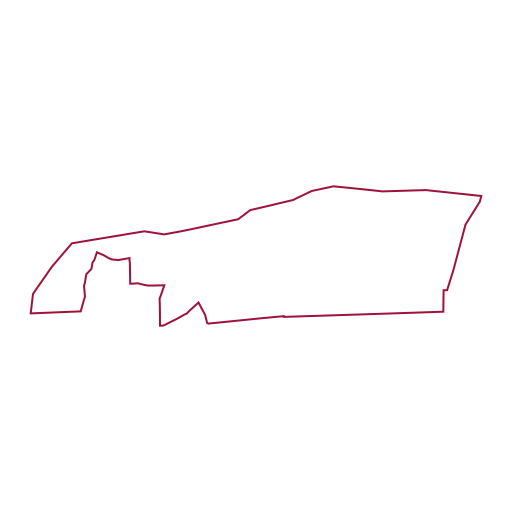 New Cairo-2, Al Qahirah, Egypt (Albers equal-area conic projection)
{"feature_id": "37247803B58056872224952", "entity_name": "New Cairo-2", "entity_type": "district", "adm_level": 2, "iso_a3": "EGY", "parent_name": "Egypt", "parent_adm1": "Al Qahirah", "projection": "albers", "projection_center": [31.527, 30.074], "detail": "fine", "context": "isolated", "style": "outline", "palette": "rose", "viewbox_px": 512, "rotation_deg": 0, "n_neighbors": 0, "source": "geoboundaries", "source_scale": "gbopen_adm2", "svg_char_len": 1234}
<svg xmlns="http://www.w3.org/2000/svg" viewBox="0 0 512 512"><path d="M382.4,191.4L379.9,191.1L360.1,189.0L333.4,186.3L321.0,189.0L311.7,191.0L296.5,198.3L293.1,200.0L283.7,202.2L270.0,205.5L250.2,210.1L247.1,212.5L239.4,218.3L238.3,219.2L215.2,224.1L184.1,230.7L164.3,234.4L144.3,231.3L97.2,239.1L71.9,243.3L52.0,266.6L36.7,288.5L33.0,293.9L30.7,313.4L79.8,311.4L80.7,311.4L81.7,307.9L82.6,304.5L85.0,296.4L85.0,296.2L84.9,295.8L84.1,286.7L84.0,286.1L84.9,282.8L86.3,274.2L91.4,269.0L92.5,262.6L94.3,260.1L96.9,252.3L104.3,255.5L107.9,257.7L109.3,258.4L110.0,258.7L112.2,259.5L115.7,259.8L118.2,260.1L122.4,259.3L129.5,258.1L129.5,260.5L129.9,262.9L129.9,265.1L130.2,283.7L133.8,283.6L137.8,283.3L143.8,284.8L147.6,285.5L155.0,285.5L164.3,285.3L163.2,288.5L160.4,296.6L159.6,298.4L159.9,308.6L160.0,325.7L163.5,325.6L163.4,325.6L171.5,321.5L176.4,319.1L179.4,317.5L184.3,314.6L186.9,313.5L189.2,311.0L197.2,303.7L198.5,302.5L205.1,314.9L207.1,322.9L208.5,323.6L210.3,323.4L262.9,318.1L283.2,316.2L282.8,316.9L282.7,316.9L283.5,316.9L389.8,313.5L443.3,311.7L443.6,290.2L447.1,290.2L453.4,270.1L465.5,224.6L479.8,201.7L481.3,196.0L429.7,190.5L426.3,190.1L411.9,190.5L382.4,191.4Z" fill="none" stroke="#9f1239" stroke-width="2"/></svg>